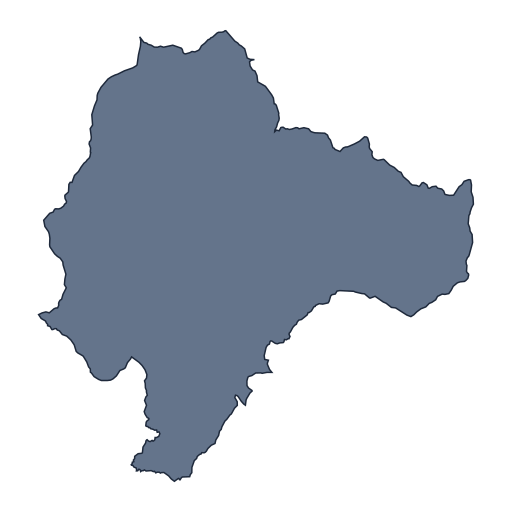 Vergara, Cundinamarca, Colombia (Albers equal-area conic projection)
{"feature_id": "7082276B80485055582459", "entity_name": "Vergara", "entity_type": "district", "adm_level": 2, "iso_a3": "COL", "parent_name": "Colombia", "parent_adm1": "Cundinamarca", "projection": "albers", "projection_center": [-74.318, 5.125], "detail": "fine", "context": "isolated", "style": "filled", "palette": "slate", "viewbox_px": 512, "rotation_deg": 0, "n_neighbors": 0, "source": "geoboundaries", "source_scale": "gbopen_adm2", "svg_char_len": 5968}
<svg xmlns="http://www.w3.org/2000/svg" viewBox="0 0 512 512"><path d="M245.4,405.2L246.1,399.9L246.7,398.5L249.9,393.1L252.1,391.1L252.0,390.5L248.5,388.0L247.0,385.6L246.9,381.0L247.9,377.2L248.9,376.4L251.8,375.6L255.7,373.0L260.9,372.9L262.1,373.3L266.9,372.4L271.9,372.4L269.5,369.4L267.4,364.4L267.4,363.1L268.4,360.2L264.7,359.4L264.2,355.6L266.1,347.4L267.5,345.1L269.4,344.1L270.1,341.4L270.7,340.9L271.7,341.0L275.2,343.3L277.3,343.8L279.8,342.9L283.2,342.6L283.9,341.8L284.5,339.5L286.4,339.8L288.0,338.7L288.9,338.8L290.0,336.5L289.1,334.5L289.2,333.2L290.4,331.9L292.9,327.3L294.7,325.3L296.4,324.2L297.1,322.3L298.7,320.2L301.5,319.5L307.2,314.9L308.1,312.6L309.1,312.6L311.4,310.9L313.8,306.9L315.2,306.4L315.5,305.5L319.1,303.7L322.7,304.1L328.1,302.9L329.1,301.3L330.7,295.9L332.0,294.7L335.3,294.0L337.0,291.1L339.8,290.6L353.8,291.3L355.2,292.0L362.0,293.6L364.5,293.8L369.5,298.0L370.3,298.1L375.1,296.3L383.1,301.9L386.2,303.3L391.4,307.4L395.6,307.9L406.9,315.1L410.9,316.6L413.8,314.8L416.6,312.0L420.9,308.8L425.8,306.9L429.2,303.4L431.8,302.4L435.7,299.8L437.5,296.4L442.2,294.1L444.9,294.4L448.8,293.6L451.2,290.2L453.2,286.3L457.4,282.8L460.0,281.9L464.5,281.4L465.8,280.5L467.8,278.4L468.7,275.0L468.4,273.7L467.4,273.0L466.5,271.4L466.9,265.5L466.3,264.1L466.0,261.0L467.5,257.4L468.5,256.6L469.2,254.9L472.6,242.5L472.1,234.5L470.1,231.1L469.7,227.8L468.2,223.8L468.9,215.5L469.9,213.8L470.1,212.0L471.6,207.6L473.4,204.2L473.0,197.3L471.2,191.8L471.5,185.0L470.6,180.2L470.0,179.7L468.5,179.7L464.1,181.3L461.9,184.7L459.1,186.7L453.6,195.2L449.4,195.4L445.3,194.5L444.8,194.1L443.7,191.0L441.7,189.0L437.7,188.2L436.0,186.2L432.2,186.7L429.5,188.3L428.2,188.1L426.9,184.8L423.4,182.5L422.0,182.9L419.8,185.9L418.9,186.5L416.6,185.4L412.2,185.0L409.7,182.8L408.8,181.4L403.3,176.7L401.0,172.4L398.2,171.2L394.3,167.5L389.7,165.1L384.2,159.7L383.4,159.3L377.8,160.4L374.5,158.9L372.9,157.5L371.9,154.7L372.2,151.7L369.6,148.5L369.2,146.9L369.4,144.1L367.7,138.1L366.6,137.0L364.5,136.8L359.6,141.2L354.3,144.0L347.5,146.9L345.6,147.0L343.3,147.9L340.0,151.5L334.9,149.4L334.4,148.4L332.9,147.7L330.4,140.1L328.5,137.8L327.5,135.1L324.8,133.2L314.9,132.8L313.0,132.3L310.8,131.5L308.6,128.8L303.9,127.7L299.0,128.8L297.7,127.8L295.9,127.6L292.0,129.0L289.3,129.5L287.4,128.8L285.7,129.0L283.1,127.2L281.8,127.3L280.8,127.6L279.1,130.8L276.5,130.1L274.7,131.7L274.9,129.9L276.6,126.8L277.6,123.0L278.9,120.3L279.2,118.2L278.6,114.6L278.8,113.2L276.3,105.3L275.4,104.1L274.2,103.8L273.4,98.0L271.6,94.7L265.4,86.3L257.7,81.9L257.0,75.7L255.0,71.1L252.5,69.9L250.1,66.0L249.6,62.5L249.6,61.6L251.2,60.3L254.4,59.6L250.0,59.3L247.2,58.0L244.7,48.9L241.2,45.9L239.3,44.9L237.7,43.0L234.8,41.1L225.8,30.7L224.9,30.8L223.7,31.7L222.0,32.2L218.6,32.3L217.1,33.0L212.6,37.1L210.9,37.8L209.5,39.3L208.2,39.6L204.8,43.2L201.5,45.8L199.6,49.3L198.5,50.3L194.9,51.9L192.0,51.5L189.8,52.7L185.5,53.9L184.2,53.6L183.1,52.5L182.3,49.5L181.4,48.2L172.8,45.2L163.6,47.2L160.5,46.2L157.5,47.2L154.3,47.1L151.2,45.2L148.0,44.3L146.7,43.1L143.9,42.4L139.6,36.8L140.3,38.1L140.8,41.5L140.4,46.3L138.5,54.7L137.1,64.8L136.2,65.8L132.7,67.9L124.4,70.8L117.6,74.2L115.1,75.0L111.3,76.8L108.0,79.0L101.0,87.3L97.8,93.2L97.2,95.4L97.0,99.9L94.5,105.8L91.8,114.7L92.6,125.0L90.2,128.7L91.3,137.1L91.1,139.3L90.5,140.8L89.5,141.7L89.1,144.0L90.6,148.0L90.3,152.1L90.7,152.4L90.0,156.3L89.4,157.8L87.1,160.0L86.0,161.6L84.0,163.2L81.1,167.1L78.5,171.5L74.5,175.4L72.0,182.4L70.2,182.3L68.9,184.3L68.5,191.7L68.2,192.3L65.0,195.1L64.8,196.0L65.1,198.6L66.5,201.4L66.2,203.0L64.6,204.2L63.6,206.1L60.8,208.2L58.8,208.9L55.5,208.8L54.6,209.3L53.1,212.1L49.7,213.3L43.7,220.2L44.9,226.5L48.5,231.7L49.3,234.2L49.9,238.3L49.6,244.9L49.9,246.8L54.6,253.8L57.3,256.3L60.2,258.2L62.8,261.9L63.1,265.0L65.9,274.2L64.9,279.1L64.4,284.6L66.3,287.8L63.0,294.3L61.6,299.3L60.0,300.3L59.0,302.0L58.6,303.3L58.7,305.4L57.6,307.9L55.9,308.0L54.1,308.7L49.3,312.8L45.9,311.9L42.1,312.9L38.6,314.6L41.2,318.5L45.5,321.0L46.3,322.8L47.7,324.4L47.6,325.7L50.1,326.5L51.8,329.5L52.7,329.6L54.9,328.6L56.4,328.7L57.2,330.0L59.4,330.8L62.3,334.5L66.7,336.1L70.9,340.0L74.2,344.8L76.2,351.4L77.9,353.0L82.8,355.8L83.5,356.6L86.8,362.0L88.6,366.9L90.3,368.9L90.4,372.2L91.4,372.9L94.1,376.6L98.6,379.4L101.4,380.5L107.4,380.5L110.6,380.1L113.1,378.8L116.4,375.9L119.9,370.5L123.8,368.9L125.3,367.8L127.4,362.7L130.6,358.8L131.6,356.9L139.0,362.3L142.1,365.5L145.0,369.7L146.9,374.6L146.5,378.1L144.5,380.8L145.2,383.3L145.4,387.9L146.5,390.6L146.4,391.9L147.3,395.3L145.9,396.9L144.6,400.5L146.5,405.3L144.2,411.6L145.1,414.2L147.2,417.6L148.7,418.3L148.9,418.8L148.7,419.7L147.2,420.7L146.2,422.1L145.8,425.6L146.2,426.3L147.8,426.5L148.6,427.6L149.8,427.6L150.6,428.7L153.1,429.3L154.6,430.2L156.6,430.0L157.2,432.3L159.0,431.9L159.9,433.7L158.7,436.4L156.4,437.6L155.1,437.5L154.8,439.8L153.5,441.0L152.9,441.1L152.1,440.4L150.1,441.6L148.4,441.0L147.1,439.7L146.6,440.0L146.0,440.8L145.6,443.0L143.0,447.1L142.4,452.8L141.6,453.3L138.1,453.7L134.7,456.3L134.6,458.7L133.4,460.1L133.8,461.7L132.3,462.2L132.2,463.6L131.2,464.7L131.5,465.2L132.8,465.4L134.1,467.2L136.1,467.9L136.6,469.8L136.4,470.9L137.7,470.8L138.9,469.2L140.0,469.6L140.7,471.6L141.7,470.7L143.2,470.7L144.4,469.9L146.0,471.0L151.2,470.6L153.3,471.6L154.5,471.3L155.8,472.9L157.1,472.2L159.2,472.2L160.4,473.1L161.4,472.6L163.9,472.5L168.7,475.9L171.2,478.9L174.4,481.3L178.4,478.4L179.0,478.6L179.5,479.7L180.1,479.8L181.3,477.8L182.3,477.0L189.7,476.7L190.3,474.6L191.8,472.7L191.9,467.4L194.3,460.6L196.6,458.5L197.3,456.4L199.7,454.4L201.1,454.0L201.8,452.6L204.1,452.8L205.2,452.3L206.4,451.1L207.9,448.5L211.3,445.2L215.0,443.5L215.8,440.0L218.6,435.5L219.5,431.2L221.2,429.4L221.9,426.8L224.9,421.1L226.8,419.3L229.9,415.0L231.3,414.0L234.5,408.2L237.3,405.4L237.2,401.7L234.8,397.5L235.5,395.2L237.1,395.6L238.1,396.5L241.3,401.3L243.7,404.0L245.4,405.2Z" fill="#64748b" stroke="#1e293b" stroke-width="1.5"/></svg>